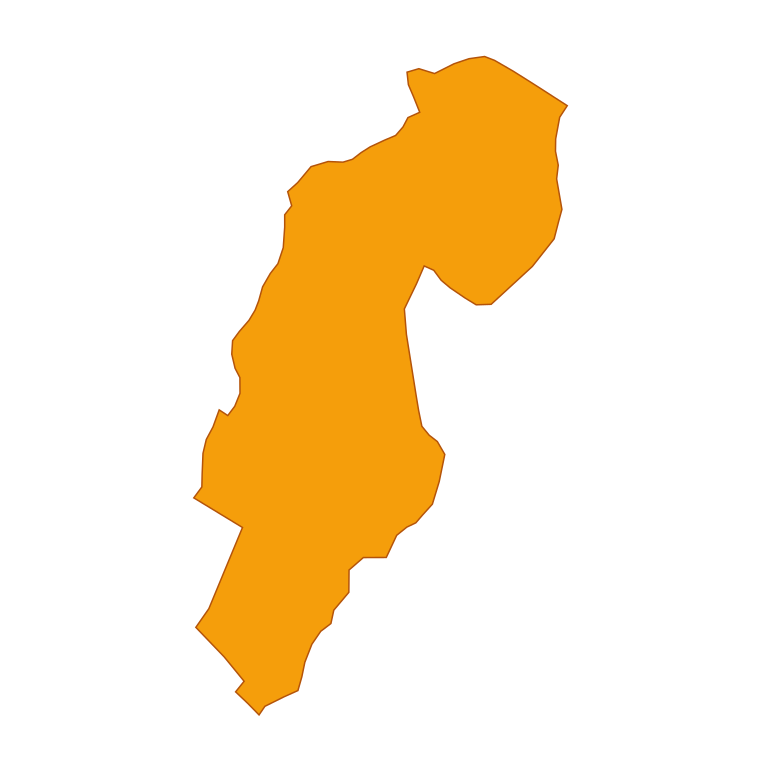 Sarandi, Paraná, Brazil, rotated 352°
{"feature_id": "56859067B2105412976878", "entity_name": "Sarandi", "entity_type": "district", "adm_level": 2, "iso_a3": "BRA", "parent_name": "Brazil", "parent_adm1": "Paraná", "projection": "albers", "projection_center": [-51.867, -23.477], "detail": "fine", "context": "isolated", "style": "filled", "palette": "amber", "viewbox_px": 768, "rotation_deg": 352, "n_neighbors": 0, "source": "geoboundaries", "source_scale": "gbopen_adm2", "svg_char_len": 1409}
<svg xmlns="http://www.w3.org/2000/svg" viewBox="0 0 768 768"><g transform="rotate(352 384 384)"><path d="M450.2,78.4L449.8,91.0L453.3,103.9L457.2,119.9L444.8,123.5L438.6,132.1L430.1,139.5L418.5,142.6L403.4,147.2L393.5,151.7L384.0,157.1L374.3,158.6L359.6,155.9L342.0,158.6L326.5,172.6L315.4,180.1L317.4,194.7L309.2,202.6L307.5,214.8L303.2,235.0L295.7,250.1L286.8,258.7L277.3,270.9L271.5,284.2L266.6,293.0L259.1,302.2L248.0,311.9L240.1,320.0L237.4,333.3L238.7,347.7L242.2,357.6L240.1,373.2L233.1,385.3L224.9,393.5L217.2,386.7L208.7,402.7L200.3,414.2L195.1,427.5L191.4,447.8L189.3,460.6L179.8,470.3L223.9,506.4L179.3,582.1L163.8,598.8L187.7,631.9L204.1,658.9L194.2,668.2L204.7,681.4L214.2,694.3L221.2,686.6L241.3,679.9L256.1,675.6L261.9,662.5L266.9,648.5L276.4,631.6L286.9,620.1L298.1,613.8L302.8,601.0L320.2,585.4L323.5,563.3L339.4,553.0L362.1,556.1L375.5,535.6L386.7,528.9L396.2,525.9L403.6,519.4L415.2,509.7L425.1,488.3L434.4,462.2L428.8,448.4L421.6,441.0L415.6,431.1L414.6,414.9L414.2,398.6L413.1,338.0L414.6,312.5L421.6,302.0L430.1,289.3L440.2,272.7L449.1,278.3L455.1,289.3L463.0,298.1L476.2,310.1L486.3,318.4L501.2,320.0L547.3,288.2L572.7,263.9L579.6,247.2L584.5,235.8L583.5,204.9L587.0,191.6L586.2,177.4L588.1,165.2L595.1,144.3L604.2,133.9L576.5,110.0L555.5,92.2L538.5,78.9L529.2,73.7L513.5,73.7L498.0,76.6L477.3,83.6L462.4,76.6L450.2,78.4Z" fill="#f59e0b" stroke="#b45309" stroke-width="1.5"/></g></svg>